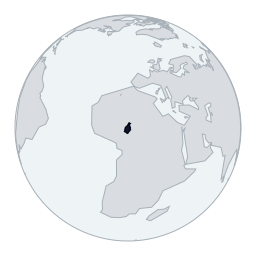 Tahoua highlighted on a globe, orthographic projection, rotated 32°
{"feature_id": "NER-95", "entity_name": "Tahoua", "entity_type": "Department", "adm_level": 1, "iso_a3": "NER", "parent_name": "Niger", "parent_adm1": "", "projection": "orthographic", "projection_center": [5.147, 16.143], "detail": "fine", "context": "on_globe", "style": "filled", "palette": "ink", "viewbox_px": 256, "rotation_deg": 32, "n_neighbors": 0, "source": "natural_earth", "source_scale": "10m", "svg_char_len": 9130}
<svg xmlns="http://www.w3.org/2000/svg" viewBox="0 0 256 256"><g transform="rotate(32 128 128)"><circle cx="128" cy="128" r="113" fill="#eef3f6" stroke="#a8b0b8"/><path d="M102.3,18.3L100.6,18.8L88.4,23.2L90.3,22.7L86.9,24.5L87.9,24.7L85.4,25.8L88.3,25.1L90.4,24.1L92.4,23.6L93.2,23.7L90.1,25.0L89.3,25.1L88.7,25.6L86.9,26.2L88.2,26.0L84.4,27.7L89.3,26.3L87.1,27.9L84.3,29.1L83.2,28.5L74.0,31.0L70.8,32.5L67.3,35.0L63.7,40.0L60.7,42.2L57.7,45.4L59.9,44.2L63.1,41.3L66.5,40.2L70.0,37.2L71.9,36.5L76.0,33.9L76.9,34.8L75.4,37.3L72.0,39.6L71.3,40.9L75.7,39.4L70.6,44.7L69.1,50.4L67.6,51.9L62.6,53.2L59.6,51.2L53.1,54.2L58.8,53.0L55.0,57.4L54.9,58.6L56.0,59.0L58.0,57.7L57.0,59.5L51.0,61.0L51.9,59.4L53.7,58.8L52.3,58.0L48.3,59.7L46.6,62.1L42.2,63.1L41.0,65.0L39.4,66.4L41.6,63.3L37.5,69.1L32.1,73.2L26.4,84.1L30.4,74.5L30.9,72.5L30.9,71.4L29.9,73.1L31.4,70.1L31.2,70.3L35.7,63.4L40.7,56.9L46.1,50.7L51.9,44.9L58.2,39.6L64.9,34.7L71.8,30.4L79.1,26.5L86.6,23.2L94.4,20.5L102.3,18.3ZM22.7,88.1L23.3,86.5L23.3,87.2L19.9,96.2L19.4,100.3L17.5,107.7L16.9,112.5L17.4,112.8L17.7,116.1L19.1,112.5L20.9,111.6L19.7,118.0L21.6,113.1L21.9,117.0L26.1,119.9L25.5,121.1L28.8,131.2L34.4,137.3L35.6,142.6L34.8,145.2L37.1,147.0L37.2,148.9L48.3,155.5L55.4,162.1L56.1,168.5L52.0,174.5L52.7,188.6L46.6,190.7L48.0,196.1L48.4,202.5L44.3,199.9L48.5,204.7L48.8,206.2L46.9,205.2L49.3,207.9L48.1,207.0L50.8,209.6L52.8,211.9L56.9,215.3L50.2,209.5L44.1,203.1L38.5,196.3L35.5,192.1L25.5,172.0L23.4,167.2L20.3,160.0L16.2,141.5L15.9,135.8L15.6,132.1L16.6,124.9L17.3,115.9L17.2,114.1L16.5,116.5L17.1,108.9L18.5,101.7L18.9,100.0L22.7,88.1ZM24.7,87.7L24.2,95.9L22.9,94.9L23.4,94.2L23.9,91.3L24.2,87.9L23.5,87.6L24.7,87.7ZM28.0,83.0L28.0,82.1L28.2,82.6L28.0,83.0ZM75.3,33.6L75.6,33.8L74.7,34.1L75.3,33.6ZM76.8,32.4L75.4,32.8L75.9,32.3L76.7,32.1L76.8,32.4ZM78.3,32.1L77.0,31.4L77.9,30.6L81.7,29.1L78.3,32.1ZM90.8,23.8L88.5,24.8L89.7,23.9L90.8,23.8ZM91.0,23.3L91.8,21.8L95.4,20.6L94.4,21.2L98.7,19.7L100.1,19.8L98.1,20.7L95.4,21.4L98.0,20.9L91.0,23.3ZM93.3,23.3L93.1,23.0L96.3,21.8L97.2,22.2L95.9,22.4L93.3,23.3ZM99.1,19.4L101.6,18.8L103.4,18.6L104.7,18.4L100.4,19.7L99.1,19.4ZM95.6,22.8L97.6,22.5L96.8,23.2L93.7,23.5L95.6,22.8ZM96.7,21.4L98.3,20.9L97.7,21.3L96.7,21.4ZM95.1,26.0L94.8,25.5L96.5,24.8L95.1,26.0ZM98.5,22.3L98.7,22.1L99.3,21.8L100.5,21.8L98.5,22.3ZM102.0,19.6L102.3,19.8L103.9,19.0L105.3,19.1L102.2,20.0L104.2,19.6L104.6,19.7L101.6,20.5L102.0,19.6ZM103.5,21.1L100.1,22.6L100.3,23.6L98.8,24.2L98.8,22.5L103.5,21.1ZM102.7,20.6L102.9,21.0L101.0,21.4L99.6,21.4L102.7,20.6ZM107.4,18.8L106.0,18.5L106.7,18.3L107.4,18.8ZM103.9,21.3L104.7,20.9L104.2,21.3L103.9,21.3ZM106.8,19.4L106.2,19.3L107.0,19.1L106.8,19.4ZM106.9,20.4L105.8,20.8L104.9,20.8L106.9,20.4ZM107.1,19.9L108.4,19.6L105.2,20.5L106.7,19.8L107.1,19.9ZM107.7,19.2L108.0,19.1L107.8,19.3L107.7,19.2ZM111.0,20.4L107.2,21.6L105.1,21.4L109.2,20.3L111.0,20.4ZM64.3,220.8L64.6,220.9L65.6,221.6L64.3,220.8ZM238.0,103.9L235.7,95.4L236.2,98.6L235.0,94.6L231.6,88.0L231.7,92.5L232.7,106.1L234.9,116.7L234.3,122.4L228.7,109.3L224.9,99.8L223.6,101.7L217.2,95.2L208.2,98.3L206.3,96.0L204.7,97.9L200.1,96.5L196.8,92.8L194.3,93.8L202.8,103.6L205.4,102.6L206.6,97.5L208.6,101.3L213.0,103.7L210.6,115.1L196.2,128.3L193.7,120.6L176.9,101.2L176.8,98.6L176.7,98.4L176.4,97.9L176.0,102.1L172.8,98.3L182.9,112.2L185.1,118.5L196.0,128.8L195.2,130.3L198.4,132.2L207.2,126.8L207.5,129.4L204.0,143.0L190.9,162.7L192.0,173.3L190.0,182.7L180.4,190.2L179.9,196.9L174.7,200.0L173.5,203.8L168.6,208.3L160.9,212.7L149.3,214.0L149.7,210.8L145.5,204.7L140.2,188.9L144.3,180.9L143.7,174.8L135.2,161.3L137.1,153.4L134.6,150.2L129.5,151.2L126.4,147.3L123.2,147.3L102.5,150.2L95.6,144.8L85.8,128.4L89.1,122.1L88.6,114.6L110.4,89.7L116.3,91.1L134.8,87.2L137.3,87.9L136.5,93.8L151.4,99.7L154.7,94.6L167.0,97.1L174.3,95.9L174.6,84.9L162.6,86.6L159.2,81.8L167.8,76.0L178.0,75.1L177.1,73.3L169.5,70.0L170.7,66.2L166.7,68.6L169.2,70.2L166.7,72.0L164.3,70.6L164.9,69.2L161.5,68.8L159.8,76.1L162.1,78.6L153.8,80.9L156.9,85.4L155.0,87.8L149.2,81.3L148.9,78.6L138.9,72.2L138.5,75.0L147.8,81.5L145.4,81.2L144.9,85.6L143.4,82.0L133.3,74.7L125.1,77.0L116.5,88.3L111.3,89.4L106.1,87.4L107.3,76.3L118.8,75.2L119.4,71.8L115.4,67.1L119.2,67.3L119.0,65.5L123.2,65.0L127.5,60.3L131.5,59.6L131.6,54.1L133.7,53.2L133.0,56.6L134.7,58.8L144.4,57.6L145.9,56.3L145.2,53.0L147.9,53.3L146.0,50.3L150.9,48.6L143.3,48.3L142.3,45.0L144.4,42.2L142.7,41.2L139.3,45.8L139.2,47.7L141.2,49.4L139.7,55.3L136.7,56.6L133.2,50.6L128.5,52.0L127.9,47.2L137.4,36.9L142.2,34.9L153.3,37.8L153.1,39.8L149.0,39.6L154.2,42.6L153.1,41.0L155.4,41.4L155.0,38.8L156.6,39.0L153.5,36.3L155.4,36.2L157.4,38.0L158.5,34.6L162.1,34.2L161.5,33.3L159.9,32.5L165.6,32.9L164.9,32.3L162.8,31.9L160.2,30.5L157.7,28.4L159.8,28.6L161.0,29.4L166.6,31.6L169.4,34.0L170.0,33.9L168.0,31.9L161.2,29.2L159.1,27.9L162.4,28.9L161.1,28.4L160.7,27.8L162.3,27.6L158.7,26.4L151.7,21.2L154.0,20.6L157.8,21.8L155.1,19.5L157.9,19.7L156.0,19.3L153.4,18.4L152.5,18.3L151.4,18.0L146.0,16.8L153.7,18.3L161.4,20.4L168.8,23.0L176.1,26.1L183.1,29.8L189.9,33.9L196.4,38.5L202.5,43.5L208.2,48.9L213.6,54.8L218.5,60.9L223.0,67.5L227.0,74.3L230.5,81.4L233.6,88.7L236.1,96.2L238.0,103.9ZM104.4,102.4L104.2,104.7L104.4,102.4ZM190.1,79.8L195.5,79.0L191.1,73.1L192.8,72.4L190.6,70.8L190.7,72.7L185.2,68.3L186.8,65.9L185.2,63.4L183.3,63.6L181.2,68.7L189.0,74.9L188.6,77.8L190.1,79.8ZM26.3,119.9L26.6,121.5L25.8,121.0L26.3,119.9ZM21.9,97.2L22.1,98.0L22.0,99.3L21.6,99.1L21.9,97.2ZM26.3,102.7L27.0,104.0L25.9,103.7L26.3,102.7ZM24.3,97.1L25.7,101.9L23.6,102.2L22.8,99.3L23.8,99.8L24.3,97.1ZM26.2,86.2L26.2,87.0L25.7,88.0L26.2,86.2ZM28.2,83.4L28.4,82.2L28.2,83.4ZM55.3,57.3L55.8,57.2L56.5,58.0L55.4,58.4L55.3,57.3ZM64.1,57.6L62.3,60.6L62.8,58.6L61.0,59.5L59.8,56.7L66.8,52.6L63.9,54.8L64.1,57.6ZM60.2,52.3L60.1,54.2L59.9,52.3L60.2,52.3ZM113.8,56.7L115.7,57.7L114.9,59.8L109.8,61.6L111.0,58.4L113.8,56.7ZM118.7,58.7L116.6,52.8L119.7,51.7L118.3,53.3L120.6,53.2L118.9,55.7L123.9,60.8L123.5,63.1L114.3,64.6L117.5,62.7L115.5,61.7L118.7,58.7ZM106.0,42.5L105.1,40.7L112.9,40.6L112.8,42.3L107.7,44.0L104.9,42.9L106.0,42.5ZM85.4,30.1L84.6,30.0L85.4,29.6L86.8,29.3L85.4,30.1ZM94.8,25.8L89.9,30.3L88.7,30.3L87.3,33.3L83.5,34.7L84.6,32.6L80.6,36.1L80.1,34.8L77.8,37.2L80.6,32.5L79.9,31.8L82.1,32.0L85.5,30.7L86.8,30.0L90.0,27.3L90.3,25.4L93.8,24.1L96.1,23.7L96.6,23.9L94.2,24.6L96.5,24.5L93.4,25.8L94.8,25.8ZM121.8,24.2L118.8,24.2L122.9,25.6L119.8,26.2L120.5,26.3L118.8,27.4L117.8,29.0L116.2,29.2L116.6,29.8L115.4,30.6L115.3,31.6L112.5,32.3L112.1,33.5L110.9,33.1L111.1,35.2L109.7,34.0L108.1,35.2L110.3,35.7L94.9,38.8L89.6,41.5L85.9,44.5L84.0,42.6L86.1,38.7L90.5,34.5L95.9,32.4L94.1,32.1L96.1,31.0L96.7,31.7L97.0,30.1L98.8,29.5L102.7,26.7L102.0,25.1L103.4,24.2L104.6,24.5L105.1,23.4L108.4,23.5L109.5,23.0L113.8,22.7L115.5,23.9L116.6,23.2L119.9,23.1L121.8,24.2ZM112.2,20.4L115.0,21.3L114.7,22.3L107.3,22.5L105.9,23.0L101.2,23.5L101.7,22.2L103.0,22.1L104.4,21.8L103.7,22.3L105.3,21.7L107.2,21.6L108.9,21.2L109.4,21.6L112.2,20.4ZM139.4,85.6L141.3,85.7L143.9,85.2L143.6,88.2L139.4,85.6ZM132.5,80.7L134.0,80.2L134.9,83.9L133.0,83.9L132.5,80.7ZM134.1,77.0L134.0,79.9L132.9,78.4L134.1,77.0ZM134.4,56.1L135.9,55.5L136.4,56.2L135.8,57.5L134.4,56.1ZM133.3,29.6L131.7,29.2L132.0,28.8L129.9,27.2L132.0,26.7L134.1,27.6L133.3,29.6ZM173.0,87.1L171.3,89.4L170.0,88.6L170.8,87.9L173.0,87.1ZM157.1,89.0L161.1,89.9L157.0,89.8L157.1,89.0ZM135.3,28.9L134.2,28.2L135.9,28.4L135.3,28.9ZM133.4,26.4L135.4,26.4L132.0,26.5L133.4,26.4ZM194.8,218.3L194.1,219.0L193.2,219.6L194.8,218.3ZM205.3,177.7L196.3,194.7L192.1,195.8L192.4,191.5L196.5,181.5L201.7,177.6L204.6,172.6L205.3,177.7ZM240.3,119.7L240.1,117.6L240.1,117.1L240.3,119.7ZM235.2,117.5L236.8,123.1L236.3,124.7L235.2,117.5ZM151.9,26.3L152.4,28.9L154.2,30.9L157.5,32.2L153.1,31.8L150.4,28.6L151.9,26.3ZM151.5,21.7L148.7,21.0L149.7,20.8L150.5,21.0L151.5,21.7ZM149.9,21.6L146.9,21.7L145.1,21.0L147.9,21.0L149.9,21.6ZM141.2,24.7L141.2,25.5L139.8,25.2L141.2,24.7ZM150.9,18.0L149.4,17.7L149.6,17.6L150.9,18.0ZM145.3,16.9L146.2,17.2L144.4,16.8L145.3,16.9ZM148.2,17.9L146.1,17.2L149.4,18.0L148.2,17.9Z" fill="#d9dde1" stroke="#a8b0b8" stroke-width="1"/><path d="M129.9,132.9L129.3,132.7L128.8,132.5L128.7,132.4L128.4,132.5L128.2,132.7L127.9,132.7L127.7,132.7L127.4,132.7L127.0,132.8L126.9,132.4L126.7,132.1L126.6,131.4L126.5,131.0L126.4,131.0L126.3,130.9L126.0,130.5L126.0,130.4L126.0,130.1L125.6,128.9L125.6,128.7L125.7,128.4L125.8,128.3L125.8,128.2L126.0,127.7L126.2,127.2L126.2,126.8L126.2,126.7L126.2,126.4L126.3,126.3L126.3,126.1L126.3,125.7L126.3,125.3L126.3,125.0L126.3,124.8L126.3,124.5L126.3,124.4L126.3,124.0L126.3,123.8L126.3,123.6L126.3,123.3L126.3,123.1L127.3,123.1L127.5,123.1L127.2,123.7L127.2,123.8L127.2,124.2L127.2,124.3L127.3,124.4L127.5,124.5L127.9,125.0L128.1,125.4L129.2,126.1L129.7,126.4L129.8,126.6L130.2,127.6L130.3,127.6L130.4,127.8L130.5,127.8L130.8,127.9L130.8,128.0L130.8,128.3L130.9,129.4L130.6,130.4L130.6,130.5L130.5,131.4L130.5,131.5L130.6,131.8L130.6,132.1L130.4,132.2L130.3,132.3L130.3,132.5L130.2,132.6L130.2,132.8L129.9,132.9L129.9,132.9Z" fill="#0f172a" stroke="#020617" stroke-width="1.5"/></g></svg>